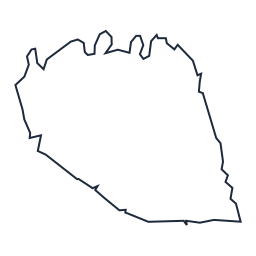 outline of Wilson, Tennessee, United States of America
{"feature_id": "52423323B68514472010910", "entity_name": "Wilson", "entity_type": "district", "adm_level": 2, "iso_a3": "USA", "parent_name": "United States of America", "parent_adm1": "Tennessee", "projection": "orthographic", "projection_center": [-86.303, 36.156], "detail": "fine", "context": "isolated", "style": "outline", "palette": "slate", "viewbox_px": 256, "rotation_deg": 0, "n_neighbors": 0, "source": "geoboundaries", "source_scale": "gbopen_adm2", "svg_char_len": 967}
<svg xmlns="http://www.w3.org/2000/svg" viewBox="0 0 256 256"><path d="M240.6,221.7L236.0,203.7L230.5,198.8L232.4,187.9L225.5,181.9L227.9,175.3L221.6,169.3L223.0,161.6L220.5,143.2L216.2,138.0L202.8,93.1L198.9,91.7L199.7,82.2L201.1,73.7L197.5,75.3L192.9,60.7L177.7,44.8L174.4,49.4L166.8,43.2L165.8,38.2L157.9,38.2L156.7,35.0L151.1,41.2L149.2,55.9L143.4,58.9L139.9,54.2L143.3,45.1L140.1,35.9L136.1,35.9L131.0,42.1L129.5,52.8L117.8,49.7L105.5,53.2L111.7,44.4L111.5,37.0L105.8,31.0L99.8,34.2L94.8,45.4L94.5,53.8L87.8,55.0L84.8,52.1L83.7,42.9L77.8,39.5L70.8,41.6L46.8,59.5L43.6,69.2L37.3,63.1L35.2,48.7L31.5,49.5L27.0,56.4L28.8,64.7L24.4,76.6L15.4,85.0L22.5,109.4L24.3,119.4L30.2,133.0L29.7,138.0L41.0,135.3L37.8,151.0L45.7,154.6L77.0,179.1L78.6,179.0L92.6,188.2L97.5,186.1L95.2,190.0L104.6,198.2L119.4,210.3L125.7,209.8L125.3,212.5L148.4,221.8L183.7,220.8L186.8,225.0L186.2,220.8L199.9,222.7L213.9,219.9L240.6,221.7Z" fill="none" stroke="#1e293b" stroke-width="2"/></svg>